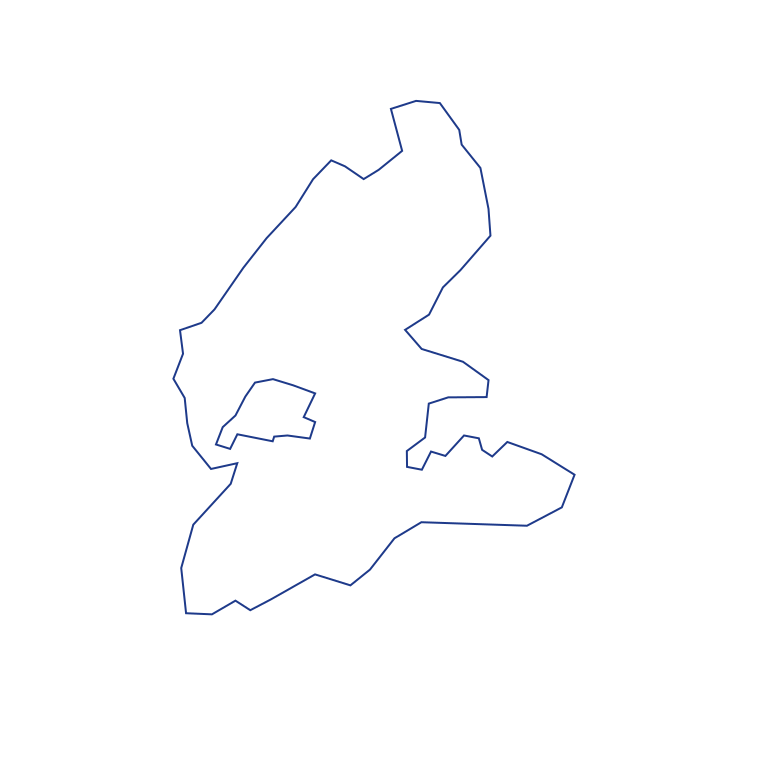 Urgench, Khorezm, Uzbekistan (Equal Earth projection), rotated 110°
{"feature_id": "79887680B5155786713045", "entity_name": "Urgench", "entity_type": "district", "adm_level": 2, "iso_a3": "UZB", "parent_name": "Uzbekistan", "parent_adm1": "Khorezm", "projection": "equal_earth", "projection_center": [60.538, 41.573], "detail": "fine", "context": "isolated", "style": "outline", "palette": "blue", "viewbox_px": 768, "rotation_deg": 110, "n_neighbors": 0, "source": "geoboundaries", "source_scale": "gbopen_adm2", "svg_char_len": 1163}
<svg xmlns="http://www.w3.org/2000/svg" viewBox="0 0 768 768"><g transform="rotate(110 384 384)"><path d="M119.5,400.2L100.9,427.6L107.0,450.7L123.1,471.6L158.7,446.7L184.5,462.2L198.4,473.2L192.8,495.1L191.9,510.1L215.8,520.7L247.9,527.6L287.1,544.2L322.8,555.9L371.9,568.8L388.9,576.4L403.2,594.1L424.3,583.2L451.1,583.7L465.3,566.5L488.1,555.5L507.6,543.1L523.0,517.5L508.6,494.8L530.2,493.9L581.4,515.1L626.3,511.6L667.1,491.6L659.3,466.9L638.4,449.5L642.3,432.3L625.3,416.8L586.5,383.7L584.7,346.7L563.2,333.7L525.4,321.4L501.1,301.6L468.3,201.2L439.1,174.7L404.1,173.9L396.1,211.8L396.3,248.3L415.1,257.5L412.3,269.3L402.6,276.3L405.0,291.2L430.6,301.7L431.4,316.7L451.6,319.1L454.0,334.0L439.2,339.6L420.2,327.1L387.1,335.2L374.6,319.1L361.2,283.1L344.6,287.1L336.1,317.4L338.2,360.6L325.9,382.7L303.4,365.4L273.1,361.7L250.8,351.1L208.2,334.7L183.7,345.7L148.0,367.3L132.5,392.9L119.5,400.2ZM460.6,435.0L465.4,457.1L471.0,469.2L475.9,469.0L481.4,504.6L497.6,506.4L498.3,521.2L479.7,520.8L464.4,512.8L443.2,510.0L426.8,505.7L417.4,490.0L416.3,469.0L416.4,445.5L442.6,448.1L443.3,435.7L460.6,435.0Z" fill="none" stroke="#1e3a8a" stroke-width="2"/></g></svg>